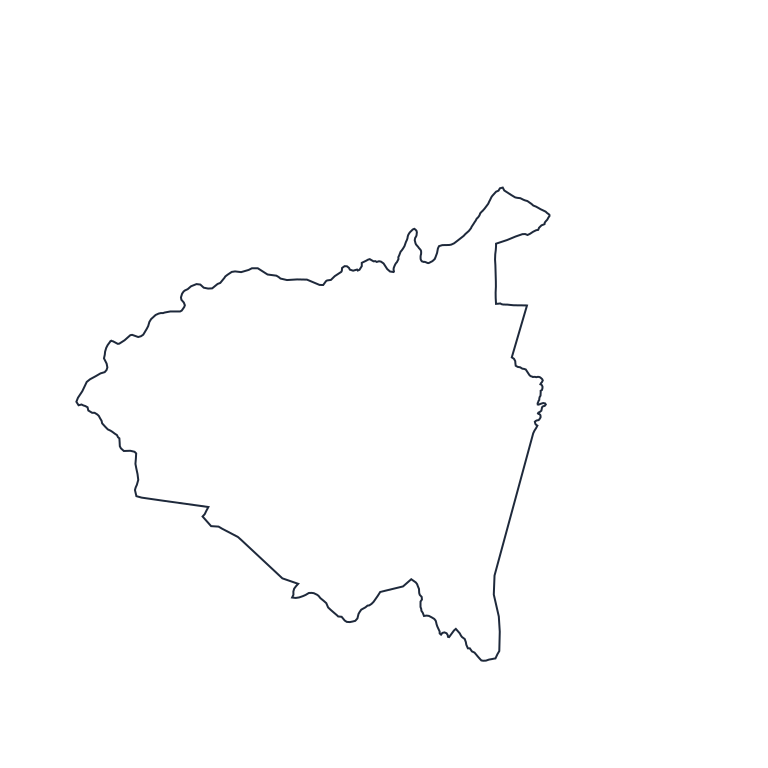 Santiago Amoltepec, Oaxaca, Mexico (Equal Earth projection), rotated 35°
{"feature_id": "50627088B22821313944605", "entity_name": "Santiago Amoltepec", "entity_type": "district", "adm_level": 2, "iso_a3": "MEX", "parent_name": "Mexico", "parent_adm1": "Oaxaca", "projection": "equal_earth", "projection_center": [-97.519, 16.649], "detail": "fine", "context": "isolated", "style": "outline", "palette": "slate", "viewbox_px": 768, "rotation_deg": 35, "n_neighbors": 0, "source": "geoboundaries", "source_scale": "gbopen_adm2", "svg_char_len": 6165}
<svg xmlns="http://www.w3.org/2000/svg" viewBox="0 0 768 768"><g transform="rotate(35 384 384)"><path d="M250.6,616.1L270.4,606.1L310.7,585.5L311.2,589.8L311.8,593.4L311.4,596.6L323.9,599.6L330.3,595.7L334.4,595.4L352.1,593.1L357.1,593.7L412.2,601.5L428.3,596.9L427.9,600.0L427.8,603.2L428.8,606.0L430.7,608.6L431.2,611.6L434.4,609.9L436.9,607.5L439.3,604.2L440.8,601.7L442.3,598.3L444.4,596.7L446.5,595.6L450.2,595.0L452.0,595.1L454.7,595.9L458.8,596.2L462.4,596.6L466.4,599.1L469.9,599.6L473.8,600.0L478.0,600.4L479.8,600.7L482.8,599.0L487.5,600.3L490.0,600.2L492.6,598.6L494.5,596.6L496.3,594.5L496.7,591.3L495.0,586.9L494.8,584.5L494.8,581.9L496.9,577.6L497.6,575.0L498.9,573.8L499.9,571.3L500.4,568.5L500.4,564.5L500.4,561.3L500.2,556.5L515.7,538.9L518.3,528.3L523.9,528.3L526.0,529.0L527.5,530.1L530.2,531.8L532.7,535.0L534.2,536.2L537.0,536.8L538.7,538.8L538.7,541.2L539.9,543.0L541.8,545.7L543.5,546.9L544.7,548.3L547.0,549.2L549.8,551.1L551.7,549.3L553.8,548.2L557.0,547.8L559.9,547.6L562.0,548.2L563.4,549.3L564.8,550.6L566.7,552.0L571.5,554.8L572.7,556.4L574.5,556.6L574.6,554.4L576.0,552.8L578.2,552.3L580.3,553.2L581.4,554.4L582.5,554.0L582.7,545.7L583.3,543.4L589.1,544.8L591.2,545.9L592.9,546.5L596.4,546.6L599.1,548.5L601.0,550.4L604.3,552.4L605.9,551.3L609.4,552.6L612.2,552.1L617.4,553.5L619.9,554.1L622.3,554.6L624.0,553.8L626.2,552.1L628.1,549.5L629.9,547.7L632.1,545.4L632.7,544.9L631.9,540.3L631.6,536.6L620.9,520.5L611.4,508.6L594.7,493.5L584.4,477.5L534.5,338.8L534.0,335.9L533.9,332.9L533.5,330.1L532.2,330.2L531.0,329.9L530.0,329.1L529.2,328.4L529.5,327.2L530.2,326.0L531.2,325.1L531.5,324.3L531.5,322.9L531.4,321.6L530.6,320.4L529.7,319.7L528.4,319.5L527.7,319.9L527.0,319.8L526.9,318.9L527.7,317.4L528.2,315.6L527.0,312.8L526.8,311.8L527.2,310.9L528.2,309.7L528.3,308.0L527.1,307.5L525.3,308.3L523.6,310.5L522.5,312.2L521.7,312.6L520.9,311.7L520.6,310.1L520.3,309.2L520.3,308.0L519.5,306.7L519.0,305.5L518.9,303.8L517.3,301.2L516.5,300.1L516.2,299.7L516.8,298.4L516.4,297.0L515.5,295.4L514.2,294.5L513.0,294.3L512.3,294.5L512.1,293.5L512.3,292.0L512.0,290.0L510.8,289.3L509.4,289.1L508.1,289.0L506.9,289.3L505.9,289.9L504.8,291.1L503.7,291.5L502.7,292.2L501.9,292.9L501.0,293.0L499.9,293.4L498.7,293.4L497.8,293.2L495.8,292.4L491.8,290.8L490.1,291.3L488.5,292.1L486.0,292.2L483.7,293.3L481.4,293.5L479.6,291.5L478.4,290.0L476.0,288.8L473.4,288.9L456.1,237.7L455.2,238.2L445.1,245.1L442.8,246.4L441.2,247.3L439.7,248.1L436.1,250.5L434.5,251.2L433.1,251.3L431.4,252.8L429.8,254.1L426.1,249.4L423.0,245.1L419.9,240.2L416.7,235.7L407.1,222.8L403.6,218.4L400.7,213.9L398.8,210.3L396.9,207.1L395.3,204.8L402.3,195.4L407.2,187.7L411.4,181.9L413.6,180.2L416.1,179.6L417.3,177.5L417.9,176.1L418.7,174.0L419.7,172.1L420.5,170.7L421.9,169.3L421.4,167.1L422.0,163.7L422.7,162.7L423.8,161.0L423.1,159.5L423.2,157.8L423.5,155.7L423.2,153.4L423.2,151.4L422.4,150.5L421.4,150.4L419.7,150.4L417.5,150.1L413.8,150.7L412.1,151.0L409.7,151.2L406.8,151.5L403.9,152.2L401.7,151.9L396.5,151.9L394.2,152.7L392.5,153.1L389.1,153.6L386.3,155.1L384.4,155.9L379.8,156.2L371.5,156.5L368.6,155.0L366.7,157.2L366.9,160.0L365.5,162.2L364.8,167.8L364.8,169.3L365.4,172.9L365.5,174.0L366.0,176.6L365.8,182.7L365.6,184.3L365.5,185.5L365.2,186.7L364.9,189.1L365.3,190.3L365.5,191.5L365.5,193.5L365.1,195.4L365.4,197.6L365.4,199.6L365.5,201.2L365.6,205.0L365.9,206.4L365.8,208.4L365.7,210.0L364.6,214.6L364.3,217.0L362.0,224.5L360.7,228.6L359.1,231.3L357.6,232.8L352.1,236.8L350.0,239.5L350.4,242.0L352.3,246.2L353.7,251.5L353.6,251.9L353.9,252.5L353.2,255.6L352.4,257.1L351.7,258.5L351.2,259.3L350.5,259.8L349.3,260.1L348.2,260.3L347.1,260.7L346.4,261.3L345.6,261.5L344.6,261.8L343.3,261.3L342.3,260.6L341.7,259.8L340.9,258.7L340.2,257.4L339.9,256.4L339.1,255.1L338.1,253.8L337.1,253.2L336.0,252.9L334.6,252.6L333.3,252.1L331.6,251.7L330.1,251.3L328.9,250.5L327.9,249.6L326.7,248.6L326.1,247.3L325.7,246.2L325.7,244.8L325.3,243.4L324.6,242.2L324.0,241.0L322.8,239.9L321.7,239.6L320.7,239.5L319.8,239.5L318.9,241.0L318.6,242.9L318.4,243.6L318.2,245.2L318.2,246.4L318.4,248.2L318.9,249.7L319.6,251.1L320.1,252.7L320.5,255.1L321.1,257.2L321.7,259.3L321.8,260.7L321.9,262.1L321.9,264.5L321.7,266.0L322.2,268.1L322.7,270.0L323.0,271.9L324.2,273.4L324.4,274.8L324.7,276.8L324.5,278.2L324.6,279.7L324.9,281.3L325.4,283.3L326.0,284.5L326.6,285.2L327.6,286.1L327.6,286.8L324.4,288.4L320.7,288.0L314.5,285.5L311.3,285.5L309.5,286.3L308.0,288.2L306.5,288.3L305.1,289.5L303.1,289.7L300.7,289.9L299.6,291.3L298.7,293.2L296.3,297.5L298.2,300.2L298.4,304.5L297.4,306.1L296.3,305.7L293.7,308.9L290.4,309.9L288.8,309.0L286.2,308.8L284.1,310.1L283.1,313.0L284.5,315.4L284.7,316.6L281.8,323.9L280.8,329.2L278.0,331.8L277.5,333.0L277.4,337.8L274.4,339.8L261.0,342.7L252.8,348.2L244.9,354.5L238.7,357.0L236.3,356.8L233.7,357.0L225.8,361.1L214.2,361.6L209.4,365.0L207.7,368.2L202.8,374.3L197.4,377.2L195.0,379.5L193.1,384.4L192.3,387.0L192.4,388.5L191.9,395.1L190.3,397.5L188.4,404.2L185.2,406.7L181.1,408.5L176.5,407.9L173.1,409.7L169.9,414.6L168.8,418.9L167.2,421.7L167.2,421.8L166.8,423.1L166.8,425.8L168.0,429.5L169.7,431.2L173.3,432.1L175.7,433.7L176.2,435.6L176.2,439.9L175.4,441.5L167.3,447.2L163.3,451.3L162.3,452.7L160.6,453.8L159.0,455.6L157.3,458.5L156.0,464.4L156.2,467.7L157.6,471.8L158.0,474.7L158.5,481.7L157.5,484.3L155.7,486.5L149.5,488.2L148.2,489.5L146.4,497.0L144.0,502.8L142.9,503.8L137.3,504.5L136.0,505.2L135.7,505.1L135.3,506.0L135.4,506.7L135.3,510.6L135.7,513.6L137.0,517.5L138.5,520.2L139.9,523.6L142.7,525.1L145.1,526.4L147.9,529.1L148.7,531.7L148.4,534.5L145.7,537.9L143.4,542.9L140.5,548.7L139.3,552.8L139.9,556.3L141.0,563.0L141.2,570.8L142.2,575.0L146.0,576.6L148.0,574.3L150.0,574.0L151.9,573.4L154.5,573.1L157.0,575.3L161.4,575.0L163.4,573.6L166.5,573.4L168.7,573.7L171.0,574.9L173.7,576.1L175.7,577.9L180.1,578.9L183.8,579.6L186.7,579.1L188.9,579.0L192.1,579.1L194.5,579.0L196.7,580.2L198.4,580.3L200.9,583.4L203.3,586.5L205.4,587.6L209.3,588.1L214.5,584.2L218.5,582.6L220.8,583.0L223.7,587.7L226.2,592.0L229.5,595.2L233.8,599.2L237.7,603.5L239.4,608.4L239.9,611.1L240.8,613.7L245.5,617.9L250.6,616.1Z" fill="none" stroke="#1e293b" stroke-width="2"/></g></svg>